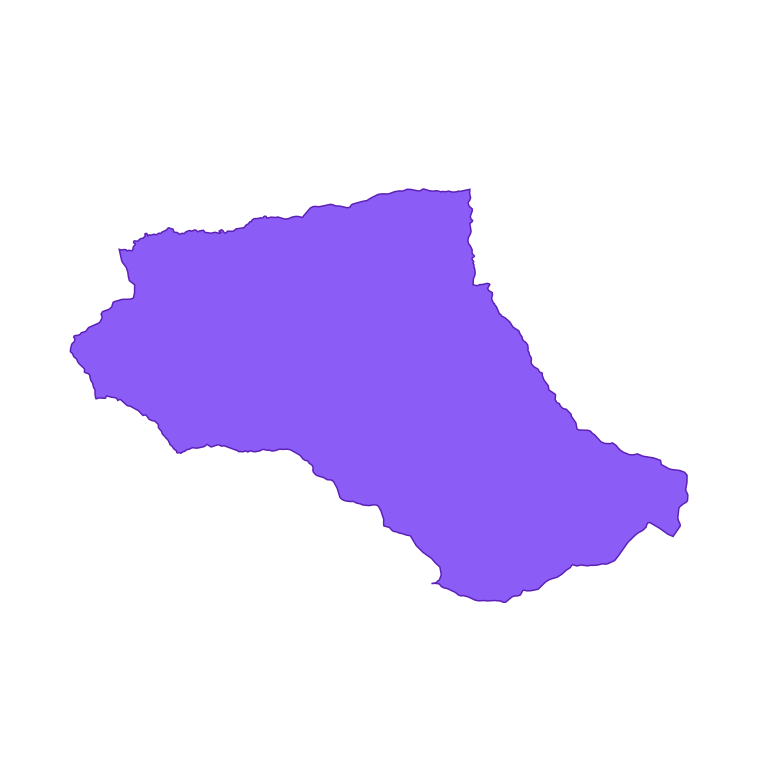 Cucutilla, Norte de Santander, Colombia (Natural Earth projection), rotated 277°
{"feature_id": "7082276B94948721354660", "entity_name": "Cucutilla", "entity_type": "district", "adm_level": 2, "iso_a3": "COL", "parent_name": "Colombia", "parent_adm1": "Norte de Santander", "projection": "natural_earth1", "projection_center": [-72.786, 7.499], "detail": "fine", "context": "isolated", "style": "filled", "palette": "violet", "viewbox_px": 768, "rotation_deg": 277, "n_neighbors": 0, "source": "geoboundaries", "source_scale": "gbopen_adm2", "svg_char_len": 6134}
<svg xmlns="http://www.w3.org/2000/svg" viewBox="0 0 768 768"><g transform="rotate(277 384 384)"><path d="M191.7,455.4L192.4,459.2L192.3,463.2L189.9,465.7L189.0,468.2L188.7,471.6L185.9,480.0L183.6,483.7L183.1,486.1L183.6,488.4L183.0,493.4L180.7,500.4L180.3,503.9L181.3,510.2L181.3,513.1L182.6,520.1L182.8,526.4L182.2,527.7L181.9,529.8L182.4,531.5L187.8,536.5L189.2,538.4L190.2,543.1L191.3,545.1L196.0,547.0L196.5,548.0L196.1,551.0L196.7,554.8L199.0,561.9L207.5,568.7L210.4,572.7L213.3,579.3L214.3,580.6L216.8,583.6L221.3,587.5L224.4,591.2L227.2,592.6L227.6,593.7L226.9,597.6L228.4,601.7L228.3,608.0L229.2,611.2L229.7,615.2L230.4,618.3L232.1,622.6L232.2,625.7L232.8,627.8L236.8,634.4L242.0,637.6L256.8,645.5L264.6,651.8L267.1,654.2L270.2,658.6L273.7,661.5L277.0,662.1L278.2,662.8L278.8,664.0L278.7,665.2L274.4,675.1L269.5,684.1L267.9,689.5L279.1,695.3L280.9,695.0L284.7,692.7L287.2,691.9L296.2,691.8L297.9,692.3L301.3,695.5L303.6,698.5L305.1,699.4L306.7,699.4L311.0,699.1L315.6,696.3L323.3,696.7L330.4,695.9L333.0,693.1L334.2,688.2L334.2,680.0L334.5,677.3L337.9,669.0L341.9,667.8L343.5,660.5L343.9,649.8L345.5,644.2L343.9,639.5L343.7,636.3L345.5,629.8L346.8,627.1L348.9,624.3L351.4,621.8L353.2,618.3L353.3,617.4L352.4,616.0L351.9,610.5L353.0,606.5L359.3,599.1L360.4,596.8L362.4,594.6L362.9,592.2L362.1,582.8L363.0,581.0L368.8,579.2L374.9,573.8L376.8,573.4L381.1,568.1L381.6,564.3L383.9,561.6L385.9,560.5L386.5,558.0L389.4,555.8L394.1,555.6L394.7,555.1L398.2,548.4L402.4,547.2L407.3,542.4L411.9,540.0L414.0,539.8L414.9,537.0L417.5,535.0L419.5,530.6L421.9,527.9L423.9,527.3L427.0,527.3L429.2,526.2L430.1,525.1L433.3,524.0L434.7,522.7L436.5,522.8L440.2,521.9L442.6,519.7L443.6,517.7L445.0,516.2L447.7,515.2L450.0,513.1L453.2,511.3L456.2,505.1L460.8,501.4L464.3,496.4L465.8,492.5L466.9,491.7L468.1,489.8L474.3,486.2L476.3,484.1L477.2,483.8L477.7,482.8L480.6,480.9L482.8,480.4L486.1,480.8L487.9,480.3L489.5,476.7L491.0,475.4L492.4,475.5L495.5,476.9L496.3,476.2L496.4,474.0L494.6,469.1L494.4,467.0L492.9,464.6L493.3,460.4L499.0,459.9L503.5,461.0L505.6,460.9L508.7,460.2L512.0,458.7L513.2,458.8L514.8,457.7L516.4,458.1L518.3,456.4L519.1,456.1L520.1,456.3L521.3,457.9L522.1,458.1L524.2,455.6L528.3,455.0L532.0,452.5L533.3,451.0L536.6,449.8L539.4,449.9L544.1,451.6L546.3,451.8L553.8,449.6L555.6,451.6L557.2,452.0L558.3,450.3L560.8,449.2L566.6,450.5L568.5,450.3L570.9,446.8L573.4,445.6L574.4,445.4L577.1,446.8L579.3,447.3L583.4,445.8L587.7,445.5L584.4,435.9L584.5,434.1L583.7,432.8L583.0,429.9L582.9,427.4L583.4,425.1L582.3,421.4L582.2,418.3L581.7,417.2L582.3,412.8L581.3,408.7L581.4,405.4L582.4,399.7L582.1,398.6L580.3,396.6L579.8,395.0L580.4,386.5L580.0,382.8L578.7,381.0L577.6,378.3L577.6,376.1L576.3,371.4L573.2,365.3L572.4,358.5L571.5,355.1L567.1,348.5L563.9,344.5L562.7,340.5L558.7,330.9L557.8,329.8L555.4,328.7L554.7,327.0L554.5,325.6L555.2,318.6L554.9,314.3L555.7,311.1L555.8,309.0L552.1,298.3L551.8,293.4L551.3,291.9L549.8,289.5L540.9,283.6L539.4,282.9L539.8,278.9L539.7,276.2L538.5,272.5L536.5,269.0L535.6,265.5L536.8,258.4L536.0,255.7L535.9,251.7L534.3,247.7L535.9,246.6L536.1,245.5L535.7,244.6L534.1,243.3L533.7,241.9L533.9,241.1L533.0,239.1L532.3,235.0L530.9,233.2L529.2,232.6L528.6,231.1L526.1,229.5L524.8,227.6L522.1,226.0L519.9,218.2L517.2,215.8L516.6,209.9L515.1,209.2L514.5,208.0L514.5,207.2L516.5,205.5L517.3,203.9L515.7,201.8L515.3,201.9L514.3,203.5L513.5,202.5L514.0,197.7L512.6,194.0L512.7,188.0L514.6,186.0L513.4,182.1L512.4,180.8L513.7,178.6L513.9,177.5L512.2,174.4L512.7,172.9L512.3,171.4L510.7,168.6L509.1,167.6L508.9,165.1L507.7,163.0L509.2,160.1L509.1,157.5L509.7,156.7L511.9,155.8L512.8,151.4L512.3,150.5L510.4,149.4L507.6,145.0L506.3,144.2L506.2,142.0L504.6,140.3L504.5,137.1L503.2,134.2L503.4,132.8L502.3,131.5L504.4,130.3L504.4,129.0L503.6,128.4L502.2,129.1L499.5,127.3L498.8,125.2L497.9,123.8L495.8,122.2L495.6,118.6L494.2,118.1L493.6,118.4L492.8,120.0L492.0,120.1L489.8,118.5L486.4,118.3L485.5,117.3L485.6,114.5L484.9,112.8L485.9,111.4L485.8,109.7L485.0,107.1L485.4,104.8L474.7,108.5L472.8,109.6L468.3,114.0L463.4,116.2L458.7,117.4L455.5,118.7L452.1,124.4L444.1,125.3L439.0,124.8L438.1,123.7L437.2,121.5L436.1,113.8L432.7,105.9L431.7,105.1L427.4,104.4L424.8,102.3L421.5,95.8L418.9,94.7L416.1,96.1L414.7,96.0L411.2,94.6L409.8,93.5L404.0,83.9L399.8,81.5L398.0,77.3L395.6,75.8L394.3,71.3L393.7,70.5L392.5,70.4L391.2,71.6L389.7,71.8L387.8,71.2L386.6,69.9L384.9,69.1L380.3,68.6L377.8,68.8L376.3,71.0L373.4,72.7L371.1,76.1L369.0,77.1L367.2,78.6L362.8,84.5L361.9,85.0L359.3,85.2L358.7,86.4L358.3,89.0L357.2,90.6L352.1,92.4L348.9,94.9L345.5,96.0L342.8,97.9L338.9,98.4L335.2,99.4L334.2,100.1L335.5,103.0L335.8,108.8L336.3,109.5L337.9,109.7L338.4,110.4L337.7,114.5L337.6,119.1L337.2,120.4L335.3,121.7L336.5,123.8L336.4,124.5L331.3,131.7L331.0,135.0L327.6,143.5L323.4,148.6L324.2,150.8L324.0,151.8L320.4,155.1L319.4,158.0L319.3,160.9L316.4,164.9L313.2,165.4L309.7,169.1L307.6,169.9L301.5,176.9L297.6,179.2L296.6,181.0L293.9,183.4L292.1,186.5L291.0,186.5L290.5,187.0L290.8,189.6L290.5,190.7L292.3,192.9L293.1,194.7L294.6,196.0L295.4,198.3L297.4,201.5L297.5,206.2L299.6,212.3L300.4,213.8L302.6,215.6L300.4,220.1L303.4,226.3L303.4,227.8L302.5,230.1L303.2,232.9L300.0,246.6L299.1,248.2L299.6,249.5L299.3,250.7L300.0,253.6L300.8,254.8L299.9,257.2L301.4,259.2L300.9,263.1L301.2,265.0L302.7,269.4L304.0,270.8L304.4,272.7L304.0,275.9L304.4,278.1L303.8,281.1L304.7,284.3L306.7,288.6L306.7,291.0L307.5,295.7L307.4,298.5L306.8,300.5L303.0,309.4L299.5,313.0L298.5,315.5L298.6,317.3L296.2,319.5L294.7,322.4L292.4,323.9L289.7,323.9L288.0,324.6L285.7,327.1L284.8,329.3L283.8,335.4L282.1,339.2L282.3,343.4L280.9,345.9L274.7,350.3L266.1,354.1L264.5,356.1L263.6,358.4L263.3,360.8L263.2,364.3L263.7,368.1L262.5,371.1L262.1,375.2L261.3,377.9L261.5,384.0L263.0,389.2L262.7,392.3L261.5,393.7L257.5,396.5L249.7,400.2L244.8,400.7L243.1,401.2L242.3,406.8L239.4,410.2L238.9,411.5L238.6,415.2L237.9,417.1L237.7,420.3L236.8,424.6L236.6,428.4L236.1,429.1L227.5,435.7L221.6,443.3L216.6,452.5L212.7,456.8L209.1,461.8L201.7,464.1L197.2,463.1L196.2,462.7L194.9,461.2L193.2,460.1L191.7,455.4Z" fill="#8b5cf6" stroke="#5b21b6" stroke-width="1.5"/></g></svg>